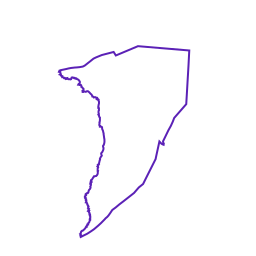 outline of Vaisigano West, Vaisigano, Samoa, rotated 246°
{"feature_id": "51752279B83284410514886", "entity_name": "Vaisigano West", "entity_type": "district", "adm_level": 2, "iso_a3": "WSM", "parent_name": "Samoa", "parent_adm1": "Vaisigano", "projection": "natural_earth1", "projection_center": [-172.718, -13.526], "detail": "fine", "context": "isolated", "style": "outline", "palette": "violet", "viewbox_px": 256, "rotation_deg": 246, "n_neighbors": 0, "source": "geoboundaries", "source_scale": "gbopen_adm2", "svg_char_len": 3425}
<svg xmlns="http://www.w3.org/2000/svg" viewBox="0 0 256 256"><g transform="rotate(246 128 128)"><path d="M208.2,90.1L207.8,89.5L208.3,88.8L207.8,88.2L207.3,88.7L207.1,88.2L206.7,88.8L205.3,88.6L204.8,88.3L204.6,87.7L204.1,88.4L203.6,88.0L202.8,88.2L202.1,89.1L201.2,88.6L201.0,89.1L200.4,89.5L200.0,90.0L199.6,89.9L199.4,90.6L198.8,90.6L198.1,91.1L198.0,91.9L198.5,92.1L198.4,92.5L197.8,91.9L197.5,93.0L196.8,93.4L196.3,94.6L195.8,95.2L195.8,95.9L197.0,97.0L196.9,97.7L196.2,98.3L196.2,98.7L195.6,99.5L195.2,99.3L194.3,100.3L194.5,100.8L194.2,101.1L193.5,101.2L193.1,101.7L192.3,102.3L191.1,102.7L189.7,102.8L188.8,102.3L188.4,101.6L188.3,100.8L187.8,100.2L187.4,101.0L187.0,101.2L186.6,102.4L186.1,102.6L185.3,102.5L184.6,102.1L184.0,102.6L183.3,102.7L182.0,103.3L181.4,103.1L180.6,102.5L180.6,101.6L179.4,101.2L179.1,101.8L179.3,102.5L179.0,103.2L178.4,103.8L178.2,104.4L178.3,105.6L177.7,106.5L176.2,107.2L174.6,107.7L173.3,108.3L171.8,108.4L171.3,108.2L170.6,109.1L169.8,109.2L169.7,110.1L169.3,110.9L168.6,111.1L168.1,112.1L167.5,112.1L167.0,111.2L166.4,111.6L166.1,112.6L165.6,112.7L164.9,112.2L163.8,112.2L162.1,111.4L160.8,110.3L160.2,110.1L159.7,109.6L159.0,109.5L158.5,109.0L157.9,109.5L155.9,108.6L155.6,108.1L154.5,107.5L153.2,107.1L152.9,107.2L152.0,106.8L152.0,106.4L151.2,106.6L150.8,106.4L149.6,106.3L149.0,106.6L146.5,105.5L145.2,104.7L144.9,104.2L144.1,104.1L143.1,103.3L142.4,103.1L141.9,102.9L141.3,103.5L140.6,103.0L140.3,103.7L139.3,104.6L137.6,104.0L135.5,104.0L133.8,103.6L133.1,103.6L132.6,103.3L129.7,102.5L128.4,102.1L127.4,101.9L125.2,101.0L124.0,100.3L122.4,99.0L122.0,98.1L121.1,97.6L119.7,97.5L118.3,96.7L116.7,95.0L115.8,93.2L114.9,92.9L113.4,92.8L112.5,91.2L111.3,89.8L110.4,89.6L110.1,89.1L106.9,86.7L106.8,86.0L106.4,86.2L106.2,85.2L105.2,85.0L105.1,84.4L104.1,84.7L103.3,83.8L101.1,82.8L100.9,83.1L100.4,82.7L98.5,81.7L97.6,80.6L97.1,79.4L97.7,77.2L97.1,76.6L97.1,76.3L95.7,74.3L95.4,73.0L95.0,72.7L94.3,73.0L93.9,72.0L93.4,72.3L93.3,71.7L92.4,70.8L91.9,71.4L90.8,70.8L89.7,69.6L89.1,69.7L88.3,69.1L87.8,68.5L87.3,67.3L86.2,66.1L85.6,65.9L84.9,64.9L85.2,64.3L84.9,62.8L84.5,62.9L84.2,62.1L83.5,62.2L83.1,60.8L82.1,60.7L81.4,60.9L81.4,60.3L79.5,60.6L79.3,60.2L78.8,60.4L78.5,59.9L77.3,60.0L77.0,59.4L76.6,59.9L75.4,60.0L74.5,59.6L73.7,60.0L72.4,60.0L72.3,59.5L71.1,59.3L71.0,59.0L70.2,59.4L70.0,58.8L69.0,59.0L68.6,58.1L68.2,58.7L67.8,58.1L67.5,58.4L66.9,58.1L65.9,58.0L65.6,58.3L64.8,57.7L64.2,58.1L63.4,57.8L63.3,57.4L62.3,57.5L61.8,57.3L60.9,56.4L60.4,56.6L59.8,56.3L59.7,55.8L59.2,55.9L58.8,55.2L57.5,54.0L57.2,52.9L56.1,52.4L56.4,51.6L55.5,51.1L55.6,50.7L55.0,49.8L54.5,49.9L54.5,49.0L53.9,48.4L53.2,46.8L52.6,44.8L52.8,44.3L52.5,43.2L51.5,42.3L50.7,41.8L50.6,41.2L49.6,41.5L49.3,40.8L47.7,40.5L48.0,47.8L48.6,51.7L49.3,55.5L49.8,57.3L50.9,61.0L52.1,64.6L54.1,69.7L54.6,70.7L55.2,72.8L56.0,74.6L57.6,77.3L59.5,80.3L60.4,84.4L61.8,89.3L62.9,94.0L66.2,107.1L69.3,113.7L70.7,119.0L74.9,124.1L88.4,140.6L89.7,141.5L102.9,151.2L100.0,152.2L99.0,152.9L98.2,153.7L99.3,154.4L100.3,154.2L101.6,154.6L103.6,157.0L109.5,164.0L112.5,168.0L115.6,171.5L118.4,174.3L126.1,190.9L133.8,194.9L149.9,203.2L152.0,204.3L161.3,209.1L168.2,212.6L173.9,215.5L198.7,170.4L199.2,146.4L203.3,145.8L205.3,133.8L205.5,127.5L205.4,124.7L203.1,115.8L202.6,113.8L202.5,111.7L203.3,108.5L204.2,105.8L204.9,103.9L206.0,100.4L206.6,97.9L207.0,95.6L208.2,90.1Z" fill="none" stroke="#5b21b6" stroke-width="2"/></g></svg>